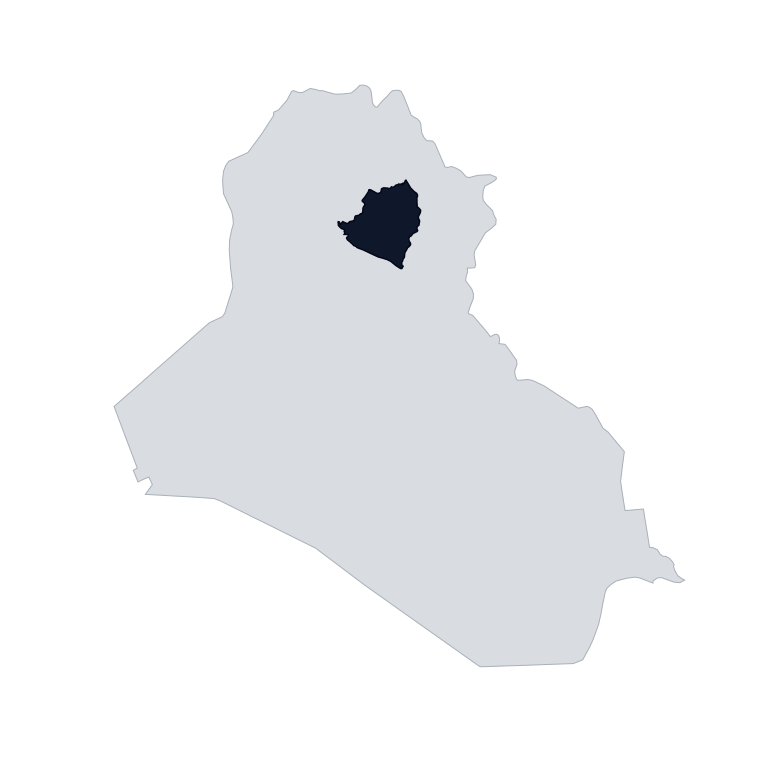 At-Ta'mim highlighted on a map of Iraq, rotated 352°
{"feature_id": "IRQ-3049", "entity_name": "At-Ta'mim", "entity_type": "Province", "adm_level": 1, "iso_a3": "IRQ", "parent_name": "Iraq", "parent_adm1": "", "projection": "equal_earth", "projection_center": [44.125, 35.305], "detail": "fine", "context": "in_parent", "style": "filled", "palette": "ink", "viewbox_px": 768, "rotation_deg": 352, "n_neighbors": 0, "source": "natural_earth", "source_scale": "10m", "svg_char_len": 6167}
<svg xmlns="http://www.w3.org/2000/svg" viewBox="0 0 768 768"><g transform="rotate(352 384 384)"><path d="M312.5,99.5L317.7,98.0L327.4,89.5L333.1,81.5L335.0,80.8L340.0,83.4L343.6,84.1L352.0,81.1L357.0,82.7L361.2,84.7L363.5,84.8L374.8,89.8L377.6,90.4L383.4,91.0L392.0,91.3L397.6,88.0L401.5,84.9L404.3,85.0L407.0,85.7L409.2,87.1L411.1,89.4L412.0,92.8L411.7,103.5L412.5,106.3L414.0,108.4L416.0,108.8L418.3,106.4L422.4,103.0L427.5,99.3L431.3,95.9L433.4,94.7L436.8,94.8L440.1,95.4L442.0,97.1L442.0,97.6L443.8,102.7L448.3,121.5L450.8,123.9L453.7,125.9L455.8,128.7L456.6,131.5L456.4,135.9L456.5,141.0L457.7,144.9L459.3,147.8L460.9,149.3L463.2,149.5L466.0,150.2L467.9,153.1L473.9,174.7L474.5,177.5L477.0,178.4L481.1,178.0L485.4,180.3L489.9,183.8L494.2,190.3L497.1,191.4L506.0,190.4L518.3,191.5L524.0,194.9L523.5,197.0L519.1,199.3L511.3,202.1L509.0,206.8L507.8,212.8L508.0,216.2L510.0,219.9L515.6,227.4L515.9,230.1L516.9,233.8L518.0,236.4L516.9,241.4L511.9,244.8L505.3,248.5L492.2,265.1L491.2,268.7L491.4,278.6L490.1,281.4L485.9,281.3L482.6,280.8L482.5,284.3L480.4,288.9L479.2,292.9L484.2,302.3L485.1,307.3L484.3,311.9L479.8,319.8L477.2,325.1L477.8,326.3L481.4,328.4L492.5,345.8L496.0,351.9L500.7,350.3L502.4,350.4L503.8,351.4L504.6,353.5L504.7,356.1L503.5,360.0L509.4,361.6L511.6,365.5L518.6,379.1L518.4,383.2L515.1,389.6L515.1,393.8L515.9,397.7L516.9,399.0L527.2,399.6L531.5,401.1L542.2,408.1L554.4,418.8L564.4,427.5L572.9,435.0L581.9,434.4L584.4,435.8L586.7,438.1L589.4,444.3L594.7,458.2L599.2,462.8L606.1,474.0L612.6,484.4L608.6,498.7L604.7,513.5L604.9,532.6L605.1,542.9L613.8,543.4L623.5,543.9L623.7,556.2L624.0,568.6L624.2,582.7L627.1,583.3L631.7,586.3L633.7,590.9L636.2,593.4L639.1,593.9L642.1,596.1L645.0,600.2L646.1,603.3L645.3,605.4L646.0,609.2L648.1,614.5L650.6,617.1L654.4,620.1L649.3,621.9L643.7,620.6L631.7,614.3L627.9,614.1L622.9,616.5L622.7,618.6L610.1,611.6L605.5,610.2L603.9,610.1L596.7,610.2L586.5,611.4L580.5,614.3L576.3,617.3L574.5,620.2L573.8,621.8L570.6,630.5L566.9,641.7L563.1,651.8L555.6,666.0L551.4,672.6L542.4,684.8L532.6,687.2L509.8,684.8L484.5,682.2L459.4,679.5L440.7,677.5L439.2,676.9L420.7,659.5L406.1,645.7L387.9,628.6L369.3,611.1L350.6,593.4L336.9,580.5L320.4,564.0L305.4,549.0L293.6,537.2L278.4,526.8L266.6,518.7L249.4,506.9L235.6,497.6L223.9,489.5L205.8,477.1L199.8,473.8L180.9,469.7L163.1,466.2L144.6,462.5L132.3,460.1L140.6,451.4L138.2,443.5L132.3,444.9L126.8,446.8L123.7,434.6L128.0,433.0L124.4,417.1L120.7,400.7L117.2,384.9L113.6,368.7L129.3,358.4L141.1,350.7L157.5,339.8L173.4,329.4L188.4,319.5L205.0,308.6L219.8,298.9L233.2,294.9L236.1,291.9L242.4,278.6L247.7,267.3L248.0,264.6L248.2,248.6L249.4,229.8L251.2,219.8L254.3,210.9L257.1,204.4L257.5,198.4L257.2,192.3L254.5,183.0L251.6,173.4L252.1,164.1L252.7,159.1L254.6,151.2L257.8,145.4L261.3,141.8L273.9,138.1L281.4,135.9L291.5,125.7L297.5,119.6L305.8,110.0L312.0,102.9L312.5,100.4L312.5,99.5Z" fill="#d9dde1" stroke="#a8b0b8" stroke-width="1"/><path d="M434.8,186.8L437.8,193.9L439.1,195.5L440.4,197.4L442.9,199.8L443.4,201.2L443.4,202.4L442.5,204.2L442.3,204.9L442.2,206.8L442.0,207.6L441.8,210.2L441.6,212.3L441.7,213.0L442.1,213.7L443.3,215.1L444.3,216.6L444.4,217.5L444.1,218.5L443.6,219.7L441.6,222.6L441.2,224.0L441.3,225.1L441.7,226.3L441.9,227.4L441.7,228.5L441.1,230.0L440.9,231.0L440.8,231.4L440.6,231.7L440.2,231.9L439.7,232.2L439.0,232.7L438.5,233.6L438.3,234.2L438.2,234.8L438.3,235.4L438.7,236.4L438.5,237.0L438.0,237.6L433.7,239.0L431.3,241.3L430.6,241.3L430.3,241.4L429.9,241.8L429.4,242.4L428.9,243.2L428.7,244.5L428.7,245.5L429.8,248.3L429.8,249.4L429.3,250.3L427.8,251.5L426.9,252.0L426.3,252.4L425.9,252.9L424.7,254.8L423.5,256.0L422.7,257.5L422.6,258.1L422.5,258.4L422.5,258.5L422.5,258.8L422.4,259.1L422.1,259.7L422.1,259.9L422.1,260.0L422.1,260.3L422.1,260.5L421.8,260.9L421.8,261.1L421.8,261.3L421.7,261.5L421.5,261.8L420.9,262.2L420.0,263.5L419.8,264.2L419.6,264.6L419.3,265.1L418.6,265.7L418.5,266.0L418.4,266.3L418.4,267.0L418.4,267.4L418.2,268.2L418.3,268.5L418.5,268.9L418.5,269.1L418.4,269.4L418.4,269.6L418.5,269.7L418.7,269.8L419.3,269.9L419.3,270.1L419.0,270.5L417.8,272.1L417.0,272.1L416.4,271.9L412.3,268.4L407.7,263.4L404.4,261.2L399.8,259.0L396.0,257.4L392.4,255.1L381.6,248.0L377.4,245.8L376.1,244.9L375.6,244.1L374.6,243.3L373.2,242.6L372.5,241.4L368.9,237.2L368.5,236.9L367.9,236.1L367.5,235.2L367.3,234.5L367.5,233.7L368.0,233.4L368.6,233.2L369.1,232.8L369.3,231.4L368.2,230.8L365.4,230.3L365.8,229.9L365.9,229.4L366.1,228.4L366.1,228.1L365.9,227.8L365.8,227.6L365.9,227.1L366.1,227.0L366.3,226.9L366.5,226.8L366.5,226.6L366.2,225.7L365.4,225.1L363.9,224.4L363.3,223.9L361.9,222.2L361.7,221.7L361.3,221.3L361.0,220.9L360.9,220.2L361.0,219.5L361.1,219.1L361.2,218.7L360.9,218.0L361.3,216.9L362.1,217.2L362.3,217.4L362.5,217.7L362.5,217.9L362.6,218.1L362.8,218.5L362.9,218.8L362.9,219.1L363.2,219.7L363.5,219.8L364.0,219.8L364.9,218.1L365.9,217.5L368.3,219.2L368.8,219.5L370.0,219.8L370.6,219.9L371.1,219.7L372.2,218.7L373.0,218.4L375.3,218.3L376.4,218.1L377.3,217.6L377.7,216.7L378.4,214.6L378.9,213.9L379.6,213.5L380.9,213.5L382.7,213.4L384.4,212.2L385.6,212.1L386.2,211.8L386.7,211.1L387.3,208.9L387.6,207.1L388.0,206.3L388.8,205.2L389.5,204.5L389.9,203.8L390.0,203.0L389.8,202.4L389.4,201.7L388.2,200.3L387.9,199.9L387.9,199.5L388.2,198.9L391.5,195.8L395.4,191.3L396.0,189.7L396.8,189.5L398.0,190.0L403.8,194.4L405.8,194.3L406.9,194.1L407.4,193.8L407.9,192.7L408.7,190.4L410.0,189.9L410.9,189.7L413.8,190.3L415.0,190.6L416.1,191.1L416.4,191.2L416.8,191.2L417.3,191.0L418.1,190.6L418.4,190.3L418.7,189.8L418.9,189.8L419.6,190.2L419.9,190.3L420.8,190.4L421.0,190.5L421.3,190.6L421.6,189.9L421.8,189.8L422.8,189.3L423.1,189.1L423.3,188.9L423.6,188.7L424.0,188.6L424.7,188.7L425.2,188.7L426.3,188.0L427.5,188.4L427.7,188.6L427.8,188.7L428.1,188.6L428.5,188.4L428.9,188.3L429.3,188.4L429.5,188.7L429.8,189.2L430.1,189.4L430.3,189.0L430.3,188.7L430.2,188.5L430.2,188.3L430.2,188.0L430.4,187.9L430.6,187.8L431.2,188.2L431.4,188.3L431.7,188.0L431.9,187.6L432.2,187.3L432.7,186.9L432.9,186.5L433.1,186.0L433.2,185.7L433.5,185.5L434.1,185.2L434.3,185.3L434.4,185.5L434.4,186.2L434.8,186.8Z" fill="#0f172a" stroke="#020617" stroke-width="1.5"/></g></svg>